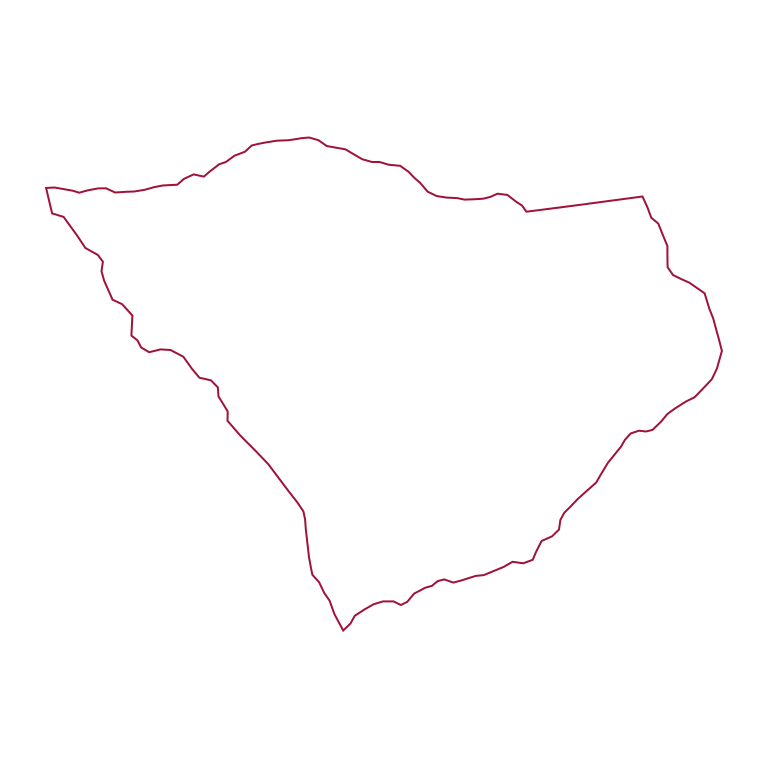 Xambrê, Paraná, Brazil (orthographic projection)
{"feature_id": "56859067B85711864918383", "entity_name": "Xambrê", "entity_type": "district", "adm_level": 2, "iso_a3": "BRA", "parent_name": "Brazil", "parent_adm1": "Paraná", "projection": "orthographic", "projection_center": [-53.6, -23.75], "detail": "fine", "context": "isolated", "style": "outline", "palette": "rose", "viewbox_px": 768, "rotation_deg": 0, "n_neighbors": 0, "source": "geoboundaries", "source_scale": "gbopen_adm2", "svg_char_len": 2131}
<svg xmlns="http://www.w3.org/2000/svg" viewBox="0 0 768 768"><path d="M532.7,559.8L536.2,551.6L541.6,541.0L552.1,536.3L559.0,529.5L560.4,519.9L564.3,512.7L570.4,506.7L577.6,499.1L586.2,491.4L596.3,482.4L599.9,476.1L607.9,462.8L614.0,455.3L621.1,446.5L625.0,439.7L630.8,433.4L639.0,430.7L645.9,431.5L652.5,429.9L661.0,421.7L667.5,413.9L675.1,408.4L685.6,401.7L694.6,397.2L702.5,389.1L711.8,379.3L716.9,368.6L721.9,351.0L718.7,338.5L715.8,328.2L713.3,318.7L709.4,308.9L704.6,293.3L695.4,286.9L689.2,282.6L681.1,279.0L673.1,275.1L667.6,267.2L667.4,255.5L667.4,246.0L663.0,235.4L658.3,223.6L651.3,217.8L647.5,207.5L642.5,196.5L571.9,205.9L526.4,211.7L522.0,205.5L516.0,201.6L507.3,194.9L497.5,193.7L490.3,196.9L483.2,198.7L475.6,199.2L464.4,199.6L457.3,198.1L446.9,197.6L436.8,196.1L427.7,191.7L420.1,182.8L414.4,177.9L408.6,171.8L400.1,165.8L388.6,164.7L379.6,162.0L372.0,162.0L362.2,159.2L351.4,152.9L345.4,149.3L337.8,148.0L326.7,146.0L318.5,140.2L309.1,137.5L301.5,138.2L288.9,140.2L276.7,140.7L265.5,142.5L258.3,143.9L251.7,145.5L245.0,151.7L234.5,155.7L225.9,162.0L219.1,164.3L209.4,171.8L203.9,176.6L193.6,174.4L183.9,178.9L177.3,184.7L162.6,185.5L154.0,187.2L144.6,189.8L134.3,191.5L126.0,191.8L115.1,192.5L106.1,188.3L98.2,188.4L87.9,190.3L79.2,192.7L72.7,190.7L63.6,189.1L54.6,187.5L46.1,188.0L52.1,213.4L63.6,216.9L77.7,236.4L85.4,248.0L97.9,255.0L102.9,261.7L101.5,271.2L104.1,280.6L112.6,299.8L122.0,304.1L127.5,310.1L132.4,315.6L131.4,335.6L137.5,340.4L141.1,347.4L149.1,352.2L160.6,349.4L170.5,350.0L183.3,356.7L192.1,369.0L199.4,377.7L210.9,380.3L217.8,387.3L218.5,396.4L227.7,411.4L227.5,420.8L240.8,436.1L255.2,450.5L268.4,464.3L287.9,490.3L297.5,502.6L303.4,511.4L305.1,519.4L305.8,529.2L309.0,557.1L310.9,567.6L312.4,574.8L319.1,582.2L324.2,592.9L329.6,600.7L334.4,614.1L343.2,630.5L350.5,623.5L354.8,615.7L364.9,609.2L373.7,604.2L383.1,601.4L393.6,601.4L400.8,605.0L407.2,601.9L414.1,593.6L425.1,587.8L432.0,585.8L437.7,581.1L444.3,579.4L453.3,582.6L461.9,580.3L469.4,577.9L475.8,575.9L483.8,575.1L493.0,571.3L503.5,567.0L512.5,561.8L523.3,563.3L532.7,559.8Z" fill="none" stroke="#9f1239" stroke-width="2"/></svg>